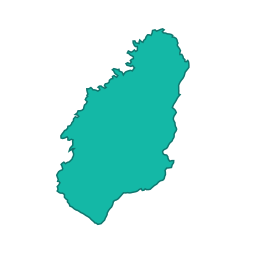 the district of Santana do Riacho, Minas Gerais, Brazil, rotated 49°
{"feature_id": "56859067B87261280335376", "entity_name": "Santana do Riacho", "entity_type": "district", "adm_level": 2, "iso_a3": "BRA", "parent_name": "Brazil", "parent_adm1": "Minas Gerais", "projection": "equal_earth", "projection_center": [-43.665, -19.182], "detail": "fine", "context": "isolated", "style": "filled", "palette": "teal", "viewbox_px": 256, "rotation_deg": 49, "n_neighbors": 0, "source": "geoboundaries", "source_scale": "gbopen_adm2", "svg_char_len": 4221}
<svg xmlns="http://www.w3.org/2000/svg" viewBox="0 0 256 256"><g transform="rotate(49 128 128)"><path d="M83.2,159.0L85.3,157.5L86.9,157.5L86.8,159.4L85.0,160.4L85.4,163.1L86.9,164.7L87.2,166.9L88.1,168.4L88.3,170.4L87.3,172.2L88.6,173.8L88.8,176.0L88.3,177.6L88.8,179.2L89.2,181.5L89.9,183.8L91.6,185.1L93.0,184.2L94.0,182.3L94.7,179.8L96.4,180.0L97.5,181.2L98.7,180.4L99.4,178.2L100.9,177.3L101.8,178.6L103.4,179.7L104.8,181.1L104.9,182.9L105.3,185.1L106.8,187.5L107.1,185.2L107.3,183.2L108.3,182.1L108.6,184.8L110.0,185.3L111.9,186.0L113.3,187.6L113.9,189.2L114.8,190.8L114.9,192.7L115.0,194.6L114.2,196.3L113.8,198.6L111.7,198.8L111.5,200.6L111.6,202.4L113.6,202.9L114.8,203.5L116.0,204.0L116.4,205.5L115.7,206.9L115.5,209.0L116.0,210.6L116.8,212.7L118.9,213.6L121.1,214.4L122.1,216.1L123.2,215.1L124.7,215.3L125.5,217.5L125.8,219.9L127.3,220.4L128.5,221.2L129.1,222.8L130.5,222.5L131.8,222.2L133.0,221.5L134.3,220.1L136.5,219.6L138.5,221.4L140.8,221.4L142.8,220.9L144.0,222.2L145.6,222.2L147.1,222.3L148.7,223.1L150.7,222.1L152.3,221.8L153.9,221.6L155.9,220.9L157.3,220.0L159.0,219.5L161.0,219.0L162.8,218.1L164.6,217.6L166.6,217.1L168.7,216.3L170.6,215.8L172.4,215.8L174.4,215.6L176.3,215.2L177.6,215.4L179.1,214.4L180.9,214.0L181.8,212.4L182.5,211.0L182.3,208.8L182.1,206.0L181.1,204.2L180.5,202.5L179.7,200.7L178.5,199.4L177.5,196.8L177.0,194.4L176.8,192.1L175.9,190.1L174.9,188.6L173.9,187.2L174.0,185.4L174.7,183.8L175.0,181.7L174.7,179.4L174.5,177.7L174.2,175.9L174.0,173.9L175.4,172.4L176.6,170.6L177.8,169.6L178.7,168.4L179.4,167.0L180.5,165.1L181.3,163.6L181.8,162.0L181.8,159.9L182.4,157.9L184.5,158.2L185.4,156.7L185.2,155.0L186.7,154.4L187.9,153.0L188.8,151.4L188.7,149.0L188.7,145.9L189.2,143.1L188.8,140.4L189.1,138.0L189.9,136.7L190.3,135.1L189.7,133.5L188.7,132.3L187.8,130.4L185.8,128.7L184.3,127.9L183.6,125.2L184.9,123.3L186.3,121.1L184.8,118.9L184.1,116.4L182.6,114.9L181.4,116.3L180.4,118.3L178.4,118.1L177.0,117.6L175.8,116.8L173.8,116.6L172.2,117.9L171.0,118.4L169.5,118.0L168.3,117.2L167.9,115.3L168.3,113.7L168.7,112.2L168.3,110.4L167.5,108.8L166.8,106.5L166.7,103.3L165.8,101.5L165.3,99.7L164.4,98.5L163.1,97.5L162.3,96.0L161.7,93.6L160.8,92.1L159.6,91.5L158.0,91.2L156.2,90.2L154.8,89.1L152.9,88.7L151.4,88.2L150.2,87.2L149.2,85.4L148.7,83.7L148.0,81.4L145.7,80.7L143.6,80.8L141.7,81.2L140.7,79.3L140.0,77.7L139.4,75.4L138.7,73.3L137.9,71.4L137.4,69.6L137.0,66.8L135.7,67.4L134.6,66.6L133.4,65.4L132.1,64.4L130.6,63.1L129.0,61.8L128.3,60.4L127.6,58.9L127.0,56.7L126.5,53.9L125.7,51.8L124.9,50.5L123.4,48.3L122.8,45.2L122.2,42.3L120.4,40.7L118.9,39.6L117.5,38.8L116.2,38.6L116.2,40.6L115.1,41.4L113.7,40.2L111.7,40.5L110.0,39.5L107.7,39.1L106.6,40.6L105.2,39.5L104.1,37.7L101.9,37.1L99.9,36.9L98.5,36.8L97.4,36.1L96.7,34.6L95.3,34.2L93.8,33.3L92.0,32.9L89.7,33.7L88.4,34.9L87.5,33.5L85.8,34.0L84.1,35.2L82.8,36.5L81.1,37.3L79.4,38.9L77.8,38.9L77.6,36.3L75.9,36.8L75.0,38.7L74.4,40.7L73.6,42.9L71.7,43.2L70.5,45.5L72.3,47.7L73.2,49.9L71.4,51.0L70.5,52.1L71.0,54.4L72.2,56.6L72.2,58.5L73.1,60.6L71.4,61.2L69.3,61.4L70.2,63.0L71.5,64.3L70.1,65.3L68.8,66.3L66.8,65.7L65.7,67.1L67.2,68.3L68.8,68.7L70.0,69.1L71.5,68.9L72.6,67.5L73.8,68.4L75.5,70.0L75.3,71.9L73.3,72.0L73.3,74.2L72.9,76.0L71.6,76.5L70.1,77.2L70.9,79.3L72.8,78.4L74.5,78.4L75.7,77.9L77.6,77.2L79.2,78.4L78.5,80.3L78.6,82.0L80.3,82.2L80.9,83.9L79.8,85.0L78.6,85.3L78.1,87.3L80.0,87.6L81.8,86.3L83.4,85.4L83.9,83.5L85.3,83.7L86.9,83.6L87.2,85.3L87.7,87.2L86.0,88.4L84.7,91.2L84.1,93.2L84.4,95.0L84.9,96.7L83.4,96.2L81.8,95.9L80.7,96.6L79.1,97.2L77.8,96.3L77.0,97.8L75.5,98.6L73.9,99.8L73.8,101.6L75.4,101.3L76.8,101.7L78.0,102.0L79.7,101.8L81.8,101.3L82.3,103.3L80.6,103.9L79.3,104.2L78.9,105.9L80.7,107.0L79.8,108.7L79.8,110.7L81.1,112.3L80.9,114.2L79.8,116.1L80.3,117.7L81.5,118.1L83.1,117.9L82.8,119.5L81.5,119.9L80.1,120.6L78.6,120.8L77.6,122.2L77.6,123.9L78.9,123.5L80.7,124.1L80.4,126.5L78.8,127.2L77.4,128.1L76.2,129.4L74.6,129.3L73.1,129.5L72.7,131.8L71.4,133.4L72.9,134.5L74.5,135.3L76.1,136.0L76.4,137.6L77.7,137.7L77.7,139.5L78.5,141.6L79.8,141.6L81.4,141.5L82.2,143.7L82.1,145.7L83.0,147.2L84.5,149.1L84.4,151.2L83.6,152.8L82.3,154.4L83.3,156.5L83.2,159.0Z" fill="#14b8a6" stroke="#0f766e" stroke-width="1.5"/></g></svg>